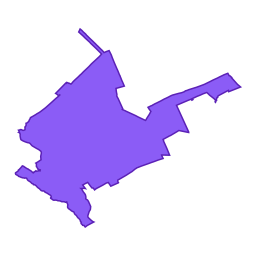 Gheraesti, Neamt, Romania
{"feature_id": "2599482B79916457112257", "entity_name": "Gheraesti", "entity_type": "district", "adm_level": 2, "iso_a3": "ROU", "parent_name": "Romania", "parent_adm1": "Neamt", "projection": "equal_earth", "projection_center": [26.813, 47.034], "detail": "fine", "context": "isolated", "style": "filled", "palette": "violet", "viewbox_px": 256, "rotation_deg": 0, "n_neighbors": 0, "source": "geoboundaries", "source_scale": "gbopen_adm2", "svg_char_len": 5601}
<svg xmlns="http://www.w3.org/2000/svg" viewBox="0 0 256 256"><path d="M163.1,158.5L161.7,155.5L161.6,155.0L169.6,155.2L167.3,149.5L166.8,148.3L163.6,141.2L163.5,140.9L163.6,140.6L163.4,140.0L163.1,139.4L169.5,135.9L170.1,135.7L170.7,135.4L177.6,131.3L178.8,130.5L188.7,132.5L188.7,132.0L176.5,105.3L188.0,100.4L191.1,99.2L191.9,100.2L192.9,99.6L192.1,98.7L197.0,96.4L200.3,95.1L203.1,93.8L206.7,92.5L206.9,92.6L207.3,92.9L208.4,94.0L208.9,94.4L209.2,94.8L209.4,95.0L213.6,98.3L215.1,99.7L215.4,100.2L215.4,100.9L215.1,101.6L215.1,101.9L215.5,102.3L216.0,101.0L216.3,100.4L216.6,100.1L217.3,99.8L215.9,100.3L217.1,97.4L217.5,97.1L217.7,97.3L217.8,97.2L217.9,96.3L218.2,95.8L228.3,90.4L228.7,91.7L240.6,87.0L237.5,84.4L231.6,77.8L231.8,77.5L229.9,75.8L229.0,75.6L228.6,74.6L227.8,73.3L223.7,74.9L223.2,75.2L219.4,77.0L217.5,78.0L213.1,80.0L210.0,81.6L206.3,83.4L204.7,84.2L203.2,84.8L199.7,86.1L196.7,87.2L188.7,89.7L187.1,90.4L185.5,90.8L184.1,91.8L181.7,92.7L178.6,93.4L172.4,95.1L170.4,96.0L168.0,97.3L167.7,97.4L166.3,98.1L164.1,99.1L160.3,101.2L158.2,102.2L157.7,102.5L154.9,103.8L153.3,104.7L152.7,105.0L151.9,105.6L151.3,105.7L148.0,107.3L149.1,109.1L150.9,111.4L149.3,114.4L146.6,118.6L146.0,119.9L145.6,120.1L145.4,120.4L143.5,119.5L137.6,116.7L135.8,115.7L125.8,111.1L124.9,110.6L123.7,110.1L123.1,109.9L122.3,109.4L122.8,108.8L122.5,108.2L120.6,104.0L118.7,99.8L118.2,98.7L116.9,96.3L116.8,96.1L116.9,94.3L116.5,92.5L116.2,90.5L116.1,89.2L116.0,88.5L116.0,88.4L121.9,86.8L124.3,86.1L122.2,81.2L121.9,80.7L120.9,78.1L120.3,76.7L120.1,75.9L119.8,75.5L119.3,74.4L117.9,70.9L117.5,70.1L117.3,69.5L117.1,69.2L114.3,62.7L112.2,57.5L111.3,55.0L111.1,54.6L110.0,52.4L109.1,50.6L106.5,51.5L104.0,52.6L103.2,51.5L101.7,49.9L100.9,49.2L97.8,46.1L96.5,44.9L95.3,43.6L94.4,42.8L93.7,42.1L89.3,37.9L87.2,35.8L86.7,35.4L85.6,34.0L83.9,32.5L83.2,31.9L82.4,31.0L81.7,30.3L80.5,29.3L80.1,29.0L79.1,31.2L78.7,32.0L83.1,36.0L85.5,38.4L89.8,42.3L90.6,43.3L96.1,48.5L101.6,54.0L99.5,56.4L91.4,63.9L88.9,66.6L86.6,68.8L83.5,71.7L81.3,74.0L80.3,74.8L78.0,77.1L74.7,80.1L73.0,81.8L71.9,83.2L70.9,84.1L68.9,83.1L68.7,83.3L66.8,82.4L66.3,83.3L65.8,83.0L62.5,86.4L55.6,93.4L56.8,94.1L57.2,94.5L58.3,95.5L58.5,95.6L59.2,95.1L60.3,94.5L58.1,96.6L55.7,98.6L51.3,102.6L45.6,107.7L40.5,111.6L39.2,112.5L36.7,113.9L36.2,114.3L33.2,116.1L31.7,116.9L31.5,117.1L31.3,117.3L30.5,117.5L30.5,117.8L30.2,118.5L29.7,119.3L29.1,120.4L28.8,121.4L27.3,122.7L26.7,123.1L26.0,123.3L26.1,124.2L26.1,125.3L25.8,126.0L25.4,126.4L25.2,126.7L25.0,126.9L24.9,127.1L25.1,127.4L25.0,127.8L25.0,128.1L25.0,129.4L25.0,129.6L24.9,129.8L23.7,130.3L23.1,130.4L22.5,130.3L21.7,129.7L21.1,129.6L20.6,129.7L20.4,129.7L20.2,129.6L19.9,129.9L19.2,130.1L18.5,130.2L19.0,131.2L19.4,132.4L18.9,132.5L19.7,133.0L19.9,133.4L20.2,134.4L20.1,135.3L20.2,136.6L20.7,139.1L21.1,139.8L22.8,140.8L25.1,141.8L27.4,142.6L28.6,142.8L29.4,143.0L30.1,143.5L31.9,145.6L32.6,146.1L36.5,148.4L38.6,149.5L39.8,150.4L40.8,151.2L41.3,152.2L41.3,153.4L40.7,156.4L41.0,159.8L37.7,162.0L35.8,163.1L36.4,163.6L36.4,164.6L36.4,165.6L36.4,166.6L36.5,166.8L36.9,167.0L37.3,168.0L38.1,169.0L38.3,169.2L38.2,169.3L38.4,169.4L38.8,169.6L39.5,169.7L39.8,169.8L40.3,169.9L40.3,170.1L40.0,170.9L39.5,170.7L38.8,170.6L38.3,170.9L37.3,171.1L36.6,171.1L36.2,171.3L35.8,170.8L34.3,172.0L33.9,172.0L33.5,172.8L32.9,172.7L31.1,171.0L28.8,169.6L28.6,169.4L27.9,168.9L27.6,168.9L26.5,168.3L24.9,167.2L24.6,167.2L24.3,167.0L24.1,166.6L23.6,166.3L22.6,165.9L22.3,165.9L22.2,166.3L21.5,166.9L20.7,167.9L19.6,169.0L19.1,169.7L18.5,169.9L18.4,170.0L18.4,170.6L17.6,171.4L15.7,172.7L15.4,173.1L15.7,174.3L16.6,174.9L17.7,175.4L18.7,176.4L20.0,176.8L21.0,177.3L22.6,177.8L24.4,178.0L24.7,178.1L24.8,178.2L25.5,178.0L26.0,178.0L26.3,178.1L26.7,178.3L27.4,179.7L27.8,180.2L28.2,180.6L30.3,181.9L30.8,182.3L31.7,183.3L32.2,183.6L33.0,183.9L33.2,184.0L33.5,184.7L34.7,184.8L35.6,185.3L36.0,185.7L36.8,186.5L37.5,187.4L37.9,187.6L38.4,188.1L39.2,188.5L41.1,190.5L41.5,190.7L42.2,190.9L42.6,191.0L43.6,190.9L43.8,191.0L44.6,191.5L44.9,191.8L45.0,192.1L45.1,192.3L45.6,192.4L46.3,192.8L47.2,193.2L48.8,194.3L50.4,195.2L50.8,195.6L50.9,195.8L51.1,196.3L51.3,197.1L50.8,197.5L50.6,197.9L50.6,198.2L50.9,198.5L52.2,199.3L52.9,199.9L53.6,200.2L54.2,200.2L55.8,200.1L57.1,200.4L57.7,200.7L59.9,200.9L61.0,201.3L61.2,201.5L61.7,201.7L63.6,201.7L64.6,201.8L65.0,202.1L65.6,202.3L66.7,201.9L66.8,202.2L66.8,202.6L67.3,203.4L67.9,205.0L67.7,205.5L67.6,206.3L67.6,207.3L67.9,207.9L68.6,208.7L70.8,210.2L71.0,210.5L71.7,211.0L72.8,211.6L73.6,211.8L74.0,212.2L74.5,213.7L75.3,214.7L75.7,214.9L76.4,215.5L77.8,217.7L78.7,218.3L79.8,219.6L80.3,220.5L80.5,221.6L80.9,222.0L81.3,222.2L81.3,222.4L81.2,222.6L81.1,223.1L81.1,223.5L81.5,224.0L82.3,224.6L82.5,224.8L82.6,225.3L82.9,225.4L84.2,225.5L84.9,226.8L85.3,227.0L87.2,225.5L93.8,222.0L92.7,221.5L91.1,220.2L88.5,217.8L87.9,216.9L87.8,215.9L89.2,211.5L90.2,209.9L90.4,209.4L90.7,206.5L88.4,201.3L87.5,200.0L85.9,199.0L85.7,198.5L85.9,197.7L85.8,196.3L85.3,194.5L84.2,193.0L83.3,191.9L81.6,188.9L81.1,188.5L83.7,188.4L84.9,188.4L85.3,188.5L82.7,185.0L86.2,183.1L86.4,183.1L87.7,182.4L90.3,185.9L91.9,187.9L92.0,188.0L93.1,188.0L93.4,188.3L94.6,189.9L94.8,189.7L95.4,189.3L96.2,188.6L99.3,187.0L102.7,185.2L106.4,183.0L106.6,182.9L107.4,182.8L108.3,182.5L110.8,186.2L118.4,182.8L118.5,182.6L118.4,182.5L118.0,181.9L117.8,181.4L117.7,181.0L117.8,180.1L119.4,179.2L126.1,175.3L131.1,172.1L131.7,171.8L135.4,168.8L136.2,168.4L136.5,168.0L137.8,167.5L141.6,166.0L149.0,163.4L151.9,162.3L153.2,161.9L158.3,160.0L163.1,158.5Z" fill="#8b5cf6" stroke="#5b21b6" stroke-width="1.5"/></svg>